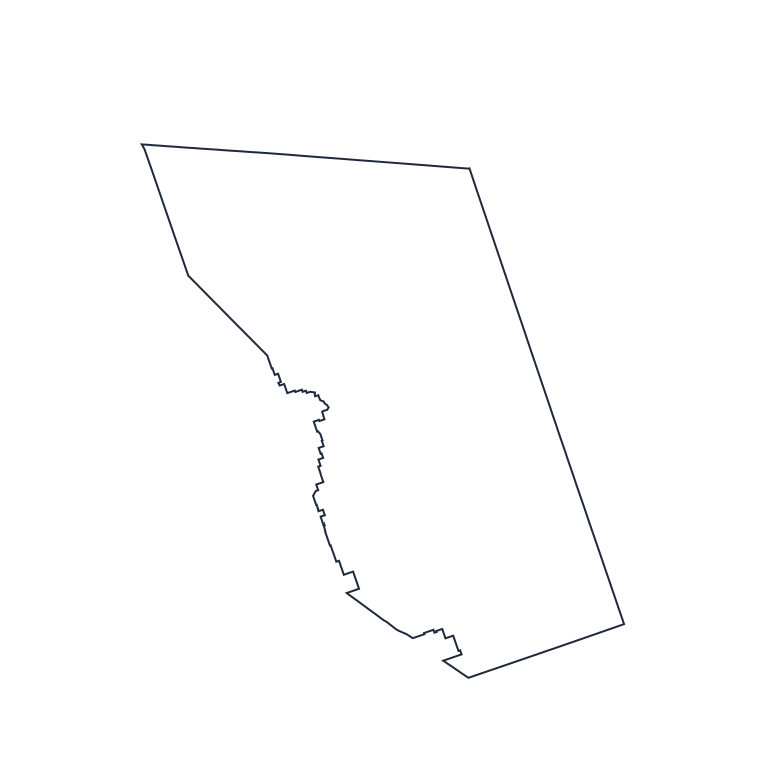 Yilgarn, Western Australia, Australia (Robinson projection), rotated 341°
{"feature_id": "25037944B56581938984526", "entity_name": "Yilgarn", "entity_type": "district", "adm_level": 2, "iso_a3": "AUS", "parent_name": "Australia", "parent_adm1": "Western Australia", "projection": "robinson", "projection_center": [119.083, -30.908], "detail": "fine", "context": "isolated", "style": "outline", "palette": "slate", "viewbox_px": 768, "rotation_deg": 341, "n_neighbors": 0, "source": "geoboundaries", "source_scale": "gbopen_adm2", "svg_char_len": 3903}
<svg xmlns="http://www.w3.org/2000/svg" viewBox="0 0 768 768"><g transform="rotate(341 384 384)"><path d="M535.0,207.9L534.1,207.9L533.4,207.6L532.7,207.3L529.0,205.7L507.8,196.5L440.1,167.2L435.4,165.2L417.5,157.4L416.4,156.9L414.0,155.9L392.4,146.6L379.3,140.9L368.1,136.0L348.6,127.6L345.7,126.4L342.9,125.2L337.1,122.8L334.3,121.6L332.3,120.8L326.6,118.3L323.7,117.1L320.9,115.9L315.1,113.5L310.4,111.5L306.5,109.9L305.6,109.4L304.6,109.0L302.7,108.2L300.8,107.4L298.9,106.6L295.1,105.0L291.3,103.4L289.3,102.6L288.4,102.2L287.4,101.8L282.7,99.7L281.7,99.3L280.7,98.9L276.9,97.3L273.1,95.7L270.2,94.5L266.4,92.8L261.7,90.8L257.8,89.2L255.0,88.0L252.1,86.7L248.3,85.1L244.5,83.5L242.6,82.7L238.8,81.0L234.9,79.4L233.0,78.6L233.2,79.4L234.0,84.3L234.1,104.9L234.1,114.1L234.1,130.6L234.1,146.0L234.1,156.2L234.1,166.5L234.1,176.8L234.2,204.1L234.2,217.8L263.9,279.7L270.9,294.2L282.9,319.1L282.9,331.1L282.9,332.8L283.7,332.8L283.7,339.8L287.2,339.8L287.2,342.6L287.2,348.5L284.5,348.5L284.4,348.6L284.9,351.5L289.6,351.5L289.6,354.8L289.6,357.3L289.6,361.1L297.6,361.2L297.6,362.7L298.6,362.7L304.5,362.6L304.5,364.9L308.0,364.9L308.0,367.3L311.6,367.3L316.0,369.6L314.9,371.8L314.9,373.2L318.2,373.2L318.2,374.9L318.5,378.6L321.3,380.9L321.5,382.8L323.2,385.5L323.3,385.6L324.0,388.2L321.7,390.0L318.6,389.7L316.5,390.1L316.2,396.5L316.2,398.0L315.2,398.0L310.8,398.0L310.8,396.7L305.3,396.7L305.3,407.3L306.1,407.2L307.5,410.5L307.5,413.1L307.5,417.4L306.7,417.4L306.7,419.5L306.7,423.2L304.5,423.2L301.4,423.2L301.4,429.3L302.4,429.3L302.4,434.1L297.4,434.1L297.4,440.7L294.9,440.7L294.9,448.1L294.7,448.4L294.7,450.5L294.7,457.0L288.6,457.0L287.2,457.0L287.2,461.3L287.2,463.0L284.6,463.0L283.9,463.6L281.9,465.4L281.2,466.1L280.5,466.7L280.5,468.7L280.5,470.7L280.5,471.9L280.5,476.3L281.0,476.3L281.0,480.8L280.7,480.8L280.7,483.0L285.3,483.0L285.3,486.5L285.4,488.8L280.9,488.8L280.8,497.3L281.2,497.1L281.1,497.3L281.1,497.5L281.3,497.6L281.5,497.6L281.8,497.6L281.9,498.0L281.9,498.5L280.9,498.6L280.8,501.4L280.3,504.9L280.5,504.9L280.3,506.3L280.3,519.1L281.0,519.1L281.1,536.5L282.0,536.5L283.2,536.5L283.9,536.5L283.9,537.5L283.9,551.3L287.4,551.3L293.7,551.3L293.7,560.6L293.7,565.2L293.7,569.5L292.0,569.5L287.3,569.5L280.7,569.5L282.5,572.2L282.7,572.4L283.3,573.3L285.6,576.6L286.6,578.1L287.2,578.8L288.7,581.0L290.8,584.1L293.2,587.6L296.2,591.9L297.4,593.6L298.0,594.5L299.2,596.2L301.7,599.8L301.9,600.2L302.3,600.7L303.4,602.3L305.1,604.8L305.7,605.7L306.1,606.1L306.3,606.6L306.9,607.4L307.5,608.0L308.0,608.6L309.2,610.0L311.0,612.8L312.6,615.3L313.7,616.9L314.7,618.6L315.2,619.3L316.8,621.3L317.2,621.7L319.3,623.7L322.8,626.9L324.2,628.2L327.8,632.9L328.4,633.6L328.5,633.7L340.8,633.7L340.8,632.5L347.6,632.5L348.6,632.5L350.7,632.5L350.7,634.3L350.7,635.6L353.0,635.6L353.0,634.6L356.2,634.6L359.3,634.6L359.3,638.0L359.3,640.9L359.3,641.4L359.3,641.5L359.3,644.5L361.6,644.5L362.6,644.5L367.5,644.5L367.5,660.6L369.3,660.6L369.3,664.6L369.3,664.9L364.4,664.9L360.1,664.9L354.7,664.9L349.9,664.9L359.2,677.3L360.7,679.3L362.7,682.1L365.8,686.2L368.1,689.2L368.2,689.3L382.9,689.3L431.3,689.4L447.0,689.4L454.3,689.4L456.3,689.4L471.5,689.4L472.4,689.4L478.9,689.4L481.0,689.4L532.8,689.2L532.9,650.2L533.0,609.9L533.0,607.0L533.0,601.9L533.0,600.9L533.0,589.7L533.0,588.6L533.0,584.6L533.0,581.4L533.0,580.4L533.1,568.8L533.1,567.7L533.1,557.2L533.1,556.2L533.1,544.6L533.1,543.6L533.2,532.0L533.2,531.0L533.2,519.4L533.2,516.3L533.2,515.2L533.2,513.1L533.2,512.0L533.3,509.9L533.3,508.9L533.3,506.8L533.3,505.7L533.3,503.6L533.3,502.6L533.3,494.2L533.3,493.1L533.3,491.0L533.3,490.0L533.3,487.9L533.3,486.8L533.3,484.7L533.4,480.5L533.4,478.4L533.4,477.4L533.4,474.2L533.4,472.1L533.4,469.0L533.4,468.5L533.5,457.1L533.8,397.4L534.0,374.7L534.1,345.0L534.3,313.2L534.5,281.3L534.6,264.3L534.8,230.9L535.0,207.9Z" fill="none" stroke="#1e293b" stroke-width="2"/></g></svg>